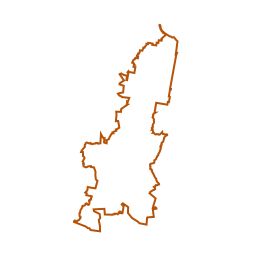 Cajeme, Sonora, Mexico (orthographic projection), rotated 190°
{"feature_id": "50627088B55072426150825", "entity_name": "Cajeme", "entity_type": "district", "adm_level": 2, "iso_a3": "MEX", "parent_name": "Mexico", "parent_adm1": "Sonora", "projection": "orthographic", "projection_center": [-109.903, 27.712], "detail": "fine", "context": "isolated", "style": "outline", "palette": "amber", "viewbox_px": 256, "rotation_deg": 190, "n_neighbors": 0, "source": "geoboundaries", "source_scale": "gbopen_adm2", "svg_char_len": 5685}
<svg xmlns="http://www.w3.org/2000/svg" viewBox="0 0 256 256"><g transform="rotate(190 128 128)"><path d="M145.6,179.5L140.2,174.1L143.9,170.6L144.0,169.5L139.5,168.9L139.0,162.2L142.8,160.7L143.9,160.0L142.3,158.5L139.4,157.7L139.2,157.4L132.0,157.9L132.8,153.4L133.5,153.7L133.0,151.9L133.3,151.4L132.9,151.1L132.4,151.1L138.0,145.6L137.7,142.7L142.4,142.0L141.6,139.1L141.1,132.6L138.9,133.2L136.6,126.8L137.5,126.0L138.7,125.1L138.8,124.8L139.7,124.4L139.0,123.3L140.3,122.3L141.4,122.0L141.9,121.3L142.3,121.1L141.5,120.2L143.1,119.6L143.3,119.4L143.5,118.6L144.7,115.4L144.8,114.2L145.0,113.6L146.6,112.6L147.2,112.3L147.3,112.2L147.2,111.8L146.8,111.6L146.8,111.2L146.6,111.0L146.5,110.7L146.4,110.0L146.6,109.6L146.4,109.4L146.4,109.2L148.2,109.6L148.2,109.4L148.7,109.4L148.9,109.8L149.2,109.9L149.3,113.9L150.2,113.5L152.0,115.3L153.6,117.4L152.5,108.1L154.3,107.5L154.8,107.6L155.1,108.0L155.6,107.8L155.7,107.5L155.9,107.6L156.5,107.8L157.3,107.5L157.7,106.9L158.8,106.7L159.9,106.0L160.3,105.9L161.0,106.2L162.3,106.7L162.4,106.4L162.4,106.0L166.3,106.5L167.1,105.7L167.1,104.5L167.7,103.5L167.2,102.1L169.7,97.7L170.0,96.2L168.2,96.5L167.4,92.5L167.0,92.5L166.7,92.1L165.9,91.5L165.6,90.7L166.8,87.3L166.4,87.2L165.3,85.2L166.0,85.0L165.1,82.6L162.9,82.0L162.2,82.0L160.6,83.2L158.0,84.1L157.6,83.1L154.7,83.3L152.4,79.3L152.0,76.1L150.8,72.1L150.5,71.7L148.9,70.6L149.6,62.9L154.1,62.8L157.4,62.9L157.2,59.6L158.9,57.0L157.3,56.5L157.4,54.6L151.9,54.5L151.8,54.3L151.8,54.2L151.8,53.3L152.3,52.6L152.3,52.1L152.0,51.5L152.0,51.1L152.6,50.6L153.4,50.6L153.6,50.2L153.6,49.6L153.8,49.5L153.8,49.3L153.1,48.8L153.0,48.3L153.0,46.2L153.3,45.7L153.7,45.4L154.5,45.6L155.6,46.6L155.8,46.6L156.1,46.3L156.6,46.1L156.7,45.8L156.5,45.4L157.1,44.4L158.4,43.5L159.1,43.5L159.3,43.2L159.4,42.8L159.3,42.1L159.6,41.1L160.0,39.9L160.4,39.3L160.6,37.9L160.5,37.0L160.5,36.5L161.0,35.7L160.8,35.3L160.9,35.0L160.5,33.8L160.5,33.0L159.9,32.2L159.6,32.0L159.3,32.1L159.1,31.5L159.6,30.6L159.6,30.2L160.0,29.6L160.1,29.1L161.0,28.6L161.4,27.9L161.9,27.4L163.3,27.2L164.2,27.7L165.0,26.7L164.9,26.1L152.7,23.7L151.8,23.4L151.6,23.2L150.5,22.5L148.4,22.5L147.2,21.0L137.6,21.4L138.6,26.5L140.8,32.3L139.7,34.6L141.0,38.4L147.1,40.2L147.7,41.9L137.2,44.3L135.8,38.8L128.2,39.9L127.5,40.6L126.9,40.4L126.4,40.9L126.0,40.9L125.9,41.4L125.4,41.3L123.5,41.9L123.0,41.4L122.7,41.8L122.3,42.2L122.1,42.6L121.7,42.7L121.7,43.0L122.2,43.0L122.3,43.1L122.2,43.7L121.9,44.1L121.5,43.8L121.4,44.2L120.8,44.3L120.5,43.8L120.8,43.5L120.1,42.9L118.7,43.1L118.7,51.3L118.9,51.5L119.8,50.8L120.9,51.7L120.0,52.9L119.7,52.8L114.1,50.1L113.3,44.3L108.4,40.1L106.6,39.3L102.1,37.5L100.2,36.2L93.0,36.1L93.6,43.0L93.2,43.4L87.2,44.9L89.4,52.1L86.0,53.6L86.2,54.0L86.5,53.9L87.2,54.7L89.7,53.9L88.6,63.5L95.5,67.5L95.0,68.3L94.9,69.2L94.3,69.5L92.3,71.3L91.3,71.8L90.7,72.5L91.1,73.6L92.2,74.4L91.7,74.7L91.9,74.9L91.8,75.0L91.3,75.4L91.0,75.4L90.6,76.6L89.4,76.7L87.6,77.8L87.8,78.4L88.3,78.9L89.7,79.8L91.1,81.6L91.4,83.0L92.3,83.5L92.5,83.6L92.7,84.0L93.5,84.8L93.8,85.6L94.2,85.9L94.7,86.9L95.4,87.4L95.7,88.2L96.2,88.4L96.8,89.5L97.3,90.0L97.3,90.3L97.1,90.6L97.2,90.8L97.7,91.4L98.8,91.4L99.1,91.6L99.1,91.8L99.0,92.5L99.2,93.3L99.1,93.6L99.4,93.9L99.5,94.5L99.7,94.8L99.9,95.4L99.6,95.7L99.8,96.3L99.5,96.7L96.6,97.9L96.2,98.2L96.2,99.8L96.4,100.2L96.5,100.7L95.4,101.7L94.9,102.6L94.8,103.5L94.4,104.5L94.5,105.1L93.5,106.4L93.6,107.8L92.9,109.3L92.3,112.2L92.4,112.8L92.2,113.4L92.4,113.8L92.2,114.2L93.0,115.4L92.9,115.6L92.1,115.8L92.1,116.2L92.4,116.9L92.1,117.4L92.3,117.8L92.0,118.0L92.3,119.3L92.2,119.5L91.4,120.0L91.0,120.6L90.6,124.6L90.7,125.0L90.0,126.1L89.9,126.6L89.6,126.9L88.6,127.3L88.2,127.8L88.2,128.2L88.6,128.5L89.2,128.0L89.5,128.2L92.6,128.2L93.4,129.3L93.6,130.0L95.2,127.5L96.2,126.8L97.4,127.1L97.8,126.9L98.4,127.1L99.3,126.5L100.0,126.5L100.5,126.7L101.3,127.5L102.0,127.6L102.8,127.5L102.6,127.9L102.6,128.8L103.3,130.0L103.4,131.0L103.8,131.0L104.2,130.7L104.1,131.3L104.6,132.1L104.6,132.3L103.6,133.5L104.2,134.7L103.9,136.3L103.7,136.7L103.4,137.5L103.5,139.3L103.9,139.9L103.9,141.0L105.1,142.4L105.4,142.6L105.2,142.8L105.6,143.7L105.5,144.3L105.3,144.4L105.3,144.6L105.7,145.3L105.6,145.5L105.4,146.0L105.1,146.7L104.1,147.4L103.8,147.7L104.6,147.5L104.5,148.2L104.6,157.7L93.3,157.8L93.3,160.6L92.2,160.6L92.2,166.0L92.3,166.1L93.3,166.2L93.3,173.3L92.5,173.3L92.5,174.0L93.4,174.0L93.2,208.5L93.8,208.5L93.8,209.6L92.9,209.5L92.7,210.6L93.8,210.6L94.3,222.0L95.4,222.7L98.6,225.4L100.2,224.8L100.4,225.0L101.3,225.2L101.7,225.5L103.1,225.6L108.0,227.6L110.3,229.0L111.5,229.8L112.6,231.1L113.2,232.2L113.9,234.4L114.4,235.0L114.8,235.0L114.8,234.2L114.5,233.8L114.3,233.3L113.7,232.4L113.4,231.5L111.8,229.4L111.3,229.1L110.8,228.7L110.3,228.3L110.1,227.8L109.2,227.6L108.2,227.3L107.2,226.6L107.0,226.2L110.3,222.1L110.5,221.8L110.3,221.6L110.4,221.3L110.1,221.4L110.1,219.8L112.9,219.8L112.9,217.0L114.6,217.0L114.5,214.2L118.5,214.1L118.4,215.4L122.9,215.4L122.9,214.1L124.2,214.1L123.9,213.6L124.7,212.4L124.9,211.8L125.4,211.2L125.5,210.4L125.7,209.9L126.9,209.9L126.9,207.8L127.9,206.8L127.8,206.6L129.7,206.6L129.7,204.6L130.0,204.3L130.0,203.5L130.3,202.9L131.1,202.9L131.1,201.8L131.4,201.6L131.8,200.8L131.8,200.1L130.4,200.1L130.4,198.3L132.9,198.3L133.3,197.7L133.2,197.2L133.2,196.9L134.0,196.4L134.4,195.8L134.8,195.5L135.2,193.0L134.8,193.0L134.7,193.6L134.4,193.6L132.6,191.6L133.2,191.6L133.2,189.2L131.3,189.2L131.3,183.3L136.8,183.4L137.4,184.1L138.2,182.7L137.2,181.8L137.2,175.0L137.9,175.0L138.1,179.4L141.6,179.5L142.5,179.9L143.9,180.3L144.2,180.5L144.5,180.1L145.4,179.8L145.6,179.5Z" fill="none" stroke="#b45309" stroke-width="2"/></g></svg>